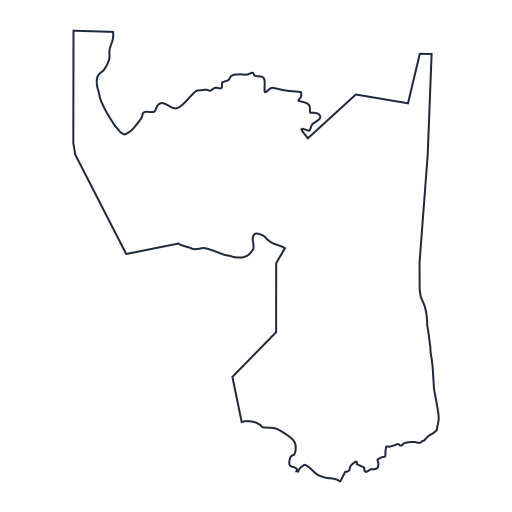 San Juan Guarita, Lempira, Honduras (Mercator projection)
{"feature_id": "27666195B76708955543126", "entity_name": "San Juan Guarita", "entity_type": "district", "adm_level": 2, "iso_a3": "HND", "parent_name": "Honduras", "parent_adm1": "Lempira", "projection": "mercator", "projection_center": [-88.788, 14.147], "detail": "fine", "context": "isolated", "style": "outline", "palette": "slate", "viewbox_px": 512, "rotation_deg": 0, "n_neighbors": 0, "source": "geoboundaries", "source_scale": "gbopen_adm2", "svg_char_len": 5994}
<svg xmlns="http://www.w3.org/2000/svg" viewBox="0 0 512 512"><path d="M296.4,471.3L298.2,471.5L298.6,470.3L299.3,469.2L300.1,468.2L301.0,467.2L302.3,466.1L303.9,465.1L304.5,464.9L305.1,464.9L306.6,465.6L308.7,467.1L311.5,469.4L314.4,472.3L315.5,473.3L317.2,474.5L319.0,475.5L322.2,476.7L325.1,477.6L327.2,478.0L332.4,478.5L335.7,479.2L336.8,479.5L337.8,480.0L339.4,481.2L340.0,481.3L340.4,481.0L340.7,480.6L345.1,472.0L345.4,471.8L345.7,471.6L346.8,471.7L347.5,471.5L348.1,471.2L348.6,470.8L349.1,470.3L349.5,469.6L350.1,467.1L350.5,466.3L350.9,465.5L351.8,464.6L353.0,463.5L354.3,462.5L355.4,461.8L355.9,461.7L356.2,461.7L356.5,461.8L356.8,462.1L357.0,462.5L357.0,462.8L356.7,463.6L356.7,463.8L356.8,464.0L357.0,464.3L363.3,467.1L363.8,467.4L364.1,467.8L364.3,468.2L364.3,469.6L364.5,470.6L365.0,471.4L365.5,471.8L366.2,471.8L367.4,471.4L368.5,470.7L370.0,469.6L370.7,469.3L371.3,469.2L372.2,469.2L373.5,469.4L374.8,469.1L375.8,468.8L376.7,468.4L377.3,468.0L377.8,467.4L378.0,466.9L378.3,465.0L378.3,463.5L378.3,462.7L378.1,462.0L377.5,460.4L377.5,459.9L377.7,459.5L378.2,459.0L381.0,457.6L382.7,457.0L384.5,456.8L385.0,456.5L385.2,456.1L385.4,455.3L385.4,452.6L385.7,449.2L386.1,447.2L386.2,446.8L386.5,446.5L386.9,446.4L387.2,446.4L388.8,446.7L389.9,446.6L393.5,445.6L396.3,444.5L397.7,444.1L398.3,444.1L398.8,444.3L399.1,444.5L399.6,445.2L400.2,445.5L400.6,445.6L401.1,445.6L401.6,445.4L402.1,445.1L402.6,444.6L403.2,443.8L404.0,443.3L406.8,442.5L409.0,442.2L411.4,442.0L414.4,442.0L415.3,442.1L417.1,442.6L418.5,442.8L419.3,442.9L420.2,442.7L421.1,442.2L422.0,441.3L422.4,441.0L423.1,440.8L423.8,440.8L427.4,437.0L429.4,435.2L432.2,433.9L433.7,432.8L436.8,430.2L437.4,426.2L438.1,423.2L438.7,419.7L438.5,414.0L438.1,412.2L437.6,408.6L434.0,388.8L432.6,366.7L431.8,359.9L430.7,353.3L430.3,346.9L428.5,333.1L427.2,325.3L427.1,320.1L426.6,315.2L425.8,310.6L424.7,306.2L423.0,302.0L421.0,297.7L420.3,294.2L419.7,289.9L419.5,263.1L427.7,154.8L431.6,54.0L419.8,53.8L408.0,103.3L355.8,94.5L307.9,138.3L302.3,131.2L301.6,130.0L301.5,129.5L301.6,129.2L302.0,128.8L302.6,128.8L304.7,129.4L307.6,130.4L308.8,130.6L309.3,130.6L309.6,130.4L309.8,130.2L310.2,129.3L311.5,125.6L312.2,124.4L313.0,123.6L317.5,120.6L319.1,119.4L319.6,118.7L320.0,118.0L320.2,117.3L320.2,116.4L319.8,115.4L319.2,114.6L318.3,113.9L317.0,113.3L316.1,113.1L314.9,112.9L312.2,112.7L310.8,112.8L310.3,112.7L310.1,112.5L309.9,110.9L309.9,107.9L309.7,106.5L309.4,105.7L309.0,105.1L308.5,104.5L307.8,103.9L306.7,103.2L305.2,102.6L303.8,102.2L300.6,101.4L298.5,100.7L298.5,100.4L299.0,99.6L299.8,98.3L300.8,97.2L301.1,96.8L301.3,94.4L301.2,93.4L301.0,92.2L299.9,92.0L298.2,91.7L289.2,91.0L285.7,90.5L281.9,89.8L274.7,88.2L272.6,87.8L271.5,88.0L270.5,88.4L269.5,89.1L266.4,91.7L265.6,92.1L265.1,92.1L264.8,91.9L264.7,91.5L264.5,90.2L264.7,83.4L264.6,81.2L264.4,79.6L263.9,78.3L263.4,77.7L263.0,77.4L261.8,76.8L259.9,76.4L256.0,76.1L255.0,75.7L254.6,75.5L254.1,75.0L253.4,73.4L253.1,73.0L252.8,72.8L252.4,72.7L251.5,72.9L247.6,74.4L246.2,74.7L244.7,74.7L240.6,74.3L237.9,74.4L234.4,74.7L233.0,75.1L232.2,75.4L231.2,76.0L230.6,76.7L230.1,77.5L229.1,79.3L228.7,79.8L228.2,80.2L227.4,80.6L223.3,81.9L222.7,82.2L222.3,82.4L222.1,82.8L222.0,83.3L222.0,86.3L221.9,87.2L221.6,87.9L220.9,88.3L220.5,88.4L219.8,88.4L216.9,87.8L215.9,87.7L215.2,87.8L214.6,88.0L214.0,88.3L211.3,90.2L210.3,90.7L209.9,90.7L209.2,90.6L207.0,89.8L205.4,89.7L204.2,89.8L200.4,90.3L197.5,90.5L196.4,90.9L194.9,92.0L193.5,93.2L191.1,95.7L186.2,101.1L183.3,103.9L181.6,105.5L179.8,106.8L178.2,107.7L177.2,108.1L176.2,108.4L175.3,108.4L174.3,108.3L172.6,107.8L170.7,106.9L165.7,104.1L163.8,103.4L162.7,103.1L161.8,103.1L161.0,103.2L159.8,103.6L159.1,104.0L158.5,104.5L157.4,105.7L156.5,107.4L155.2,110.6L154.7,111.2L154.3,111.6L153.5,112.0L152.2,112.1L147.9,111.8L145.9,111.8L144.5,112.1L143.5,112.7L142.9,113.5L141.9,116.7L141.3,118.0L140.7,119.0L138.7,121.8L135.5,125.9L133.7,128.0L131.8,130.1L130.2,131.4L129.3,132.0L127.2,133.3L124.4,134.5L122.3,133.5L120.6,132.3L119.8,131.5L117.3,128.4L115.2,126.1L114.2,124.7L107.2,113.6L103.5,106.4L101.2,101.4L100.7,100.1L100.0,97.9L98.9,92.8L97.4,87.4L96.9,84.7L96.7,81.9L96.9,79.2L97.1,77.8L97.8,76.2L98.6,74.8L99.4,73.8L100.3,72.9L101.8,71.9L102.6,71.3L103.5,70.4L104.1,69.6L106.0,66.7L106.8,65.4L107.9,62.8L108.9,60.2L109.3,58.6L109.5,57.3L109.6,56.2L109.4,54.1L109.3,52.8L109.8,48.7L110.0,47.8L110.6,45.9L112.3,41.2L112.8,39.3L113.0,37.6L113.2,35.8L113.2,34.1L113.1,31.9L73.5,30.7L73.3,142.9L75.3,154.7L126.2,254.0L178.6,243.5L180.1,244.6L180.8,244.9L184.9,246.3L189.5,247.6L191.9,248.6L193.3,249.1L194.5,249.2L198.5,248.9L199.8,248.7L201.8,248.2L202.7,248.0L203.8,248.0L205.0,248.2L207.8,248.8L211.7,250.1L214.3,251.0L220.7,253.5L223.4,254.5L224.7,254.9L229.5,255.8L233.7,257.0L235.0,257.3L239.3,257.5L241.3,257.5L242.5,257.4L243.7,257.1L245.4,256.5L246.7,255.9L248.0,255.2L249.1,254.3L250.4,252.9L251.6,251.5L252.7,249.9L253.1,249.2L253.4,248.3L253.6,246.6L253.5,244.8L253.3,243.3L252.6,239.7L252.7,238.5L252.9,237.3L253.4,235.8L253.7,235.2L254.2,234.6L254.6,234.2L255.2,233.8L255.8,233.6L256.4,233.5L257.7,233.7L259.3,234.0L261.3,234.8L263.2,235.6L264.6,236.6L266.4,238.6L267.5,239.6L269.9,241.5L270.8,242.2L272.2,242.9L275.5,244.3L282.8,246.9L284.9,248.3L276.2,263.1L276.1,332.2L232.4,376.9L241.7,422.1L244.1,421.4L245.8,421.1L250.3,421.3L252.2,421.6L254.8,422.2L256.0,422.6L257.1,423.1L260.1,424.9L260.7,425.4L261.7,426.6L262.1,426.9L262.7,427.2L263.6,427.4L265.9,427.6L272.4,427.8L274.1,428.1L275.7,428.5L278.6,429.7L282.0,431.7L287.1,435.0L289.4,436.7L291.7,438.5L292.8,439.6L293.7,440.8L294.4,442.0L295.1,443.4L295.5,444.9L295.7,446.4L295.7,448.0L295.6,450.0L295.3,451.9L294.8,453.3L294.3,454.6L293.7,455.0L292.5,455.3L292.0,455.6L290.9,456.6L290.4,457.3L289.9,458.7L289.5,460.4L289.3,462.6L289.3,463.7L289.4,464.4L289.7,465.0L290.1,465.6L290.6,466.0L291.8,466.6L293.9,467.2L294.9,467.6L296.0,468.2L296.5,468.6L296.8,469.1L296.9,469.8L296.7,470.6L296.4,471.3Z" fill="none" stroke="#1e293b" stroke-width="2"/></svg>